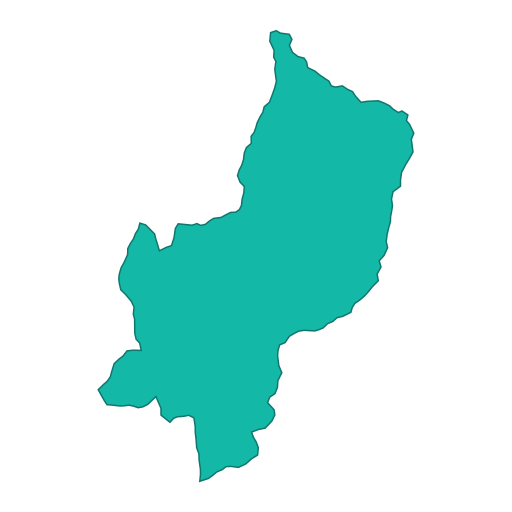 the district of Iacri, São Paulo, Brazil
{"feature_id": "56859067B52512979226911", "entity_name": "Iacri", "entity_type": "district", "adm_level": 2, "iso_a3": "BRA", "parent_name": "Brazil", "parent_adm1": "São Paulo", "projection": "robinson", "projection_center": [-50.627, -21.796], "detail": "fine", "context": "isolated", "style": "filled", "palette": "teal", "viewbox_px": 512, "rotation_deg": 0, "n_neighbors": 0, "source": "geoboundaries", "source_scale": "gbopen_adm2", "svg_char_len": 2765}
<svg xmlns="http://www.w3.org/2000/svg" viewBox="0 0 512 512"><path d="M407.9,115.0L402.0,111.0L398.3,112.5L393.1,109.2L389.6,105.8L384.9,103.4L378.5,100.8L367.4,101.3L361.0,102.3L355.5,96.2L352.5,91.6L347.6,89.4L342.4,85.9L335.4,87.1L331.3,85.9L329.0,81.2L325.3,78.8L319.8,75.1L314.9,71.1L307.7,67.6L306.5,61.7L304.0,58.1L298.0,56.6L292.4,52.3L289.4,45.3L291.9,39.4L289.3,34.3L280.3,33.1L276.3,30.7L270.6,32.6L269.8,41.2L274.1,50.3L273.7,57.2L275.9,61.5L274.8,69.1L275.7,76.4L276.4,81.2L274.6,88.3L272.1,95.3L269.4,102.3L264.2,106.8L262.9,112.2L260.1,116.8L257.2,122.7L255.9,127.4L254.1,132.5L251.1,136.3L251.3,143.4L246.4,147.5L244.3,153.0L243.5,159.6L241.7,165.3L239.3,169.8L237.5,175.6L240.1,182.2L244.3,186.5L243.8,192.9L242.1,199.3L241.4,205.6L239.4,209.6L235.7,212.2L230.7,212.4L225.7,214.9L221.2,217.4L213.6,218.4L209.3,221.1L205.5,224.3L200.8,225.4L196.9,223.6L192.1,225.2L178.2,223.8L175.4,228.4L174.0,237.8L171.5,245.6L166.2,247.4L159.4,250.8L157.5,244.4L155.8,239.1L154.6,234.0L149.9,229.2L145.6,224.9L139.9,223.1L138.3,229.2L135.5,233.5L133.5,238.8L130.2,243.8L127.8,248.5L127.6,254.7L124.0,262.6L121.1,267.8L119.3,274.1L118.8,278.8L119.4,283.7L120.8,289.8L125.8,294.7L131.3,301.3L134.1,307.1L133.3,314.1L134.6,319.0L134.7,327.3L134.8,333.2L136.1,339.2L139.7,343.1L141.2,350.4L133.0,350.2L127.0,350.9L122.9,356.2L119.1,359.0L114.2,363.6L111.6,372.0L110.3,376.8L107.2,381.3L103.6,384.4L98.2,389.7L101.5,395.6L104.2,400.4L107.0,404.7L111.3,405.0L120.1,406.0L124.2,405.8L128.9,405.2L133.1,406.0L138.1,407.7L142.7,406.9L147.6,404.5L155.9,396.6L161.0,408.3L161.0,415.1L170.0,422.3L173.5,418.4L177.2,416.8L183.7,416.3L188.8,415.3L193.9,417.9L195.2,426.3L195.3,432.8L196.0,438.5L196.7,447.8L198.9,453.7L199.1,460.2L200.4,469.1L200.5,474.2L199.8,481.3L203.7,480.0L208.3,478.5L212.0,475.9L216.7,472.0L222.3,469.6L226.1,466.6L231.2,466.4L238.4,467.4L245.8,463.9L251.3,459.0L257.6,455.0L258.3,447.6L256.2,442.0L253.5,437.4L251.5,432.1L258.1,429.6L265.2,428.1L271.9,421.0L274.8,414.9L274.1,409.8L267.6,402.7L269.7,397.2L275.0,393.6L277.4,387.5L277.9,380.6L281.8,372.7L278.8,365.6L277.6,355.9L277.9,351.0L279.6,344.9L285.1,342.6L289.3,336.3L294.6,333.2L298.9,331.1L304.2,330.3L309.0,330.6L314.9,330.9L319.1,329.6L323.2,327.9L327.5,323.7L332.9,321.4L337.0,317.7L342.6,316.4L346.7,314.4L350.9,312.3L352.2,307.6L354.8,303.4L359.3,300.4L364.7,295.8L368.2,291.9L372.4,286.7L378.3,280.7L377.1,274.1L381.0,267.0L379.2,260.8L384.0,255.5L387.6,247.7L386.2,241.6L387.1,234.5L388.6,228.1L390.4,221.8L390.6,216.5L391.7,210.9L392.5,205.6L391.5,199.0L393.1,191.6L396.6,189.1L400.5,186.2L400.5,179.9L401.6,172.3L405.7,164.5L409.5,158.3L413.0,152.0L412.1,144.9L411.3,139.4L413.8,133.2L409.5,124.3L406.4,120.6L407.9,115.0Z" fill="#14b8a6" stroke="#0f766e" stroke-width="1.5"/></svg>